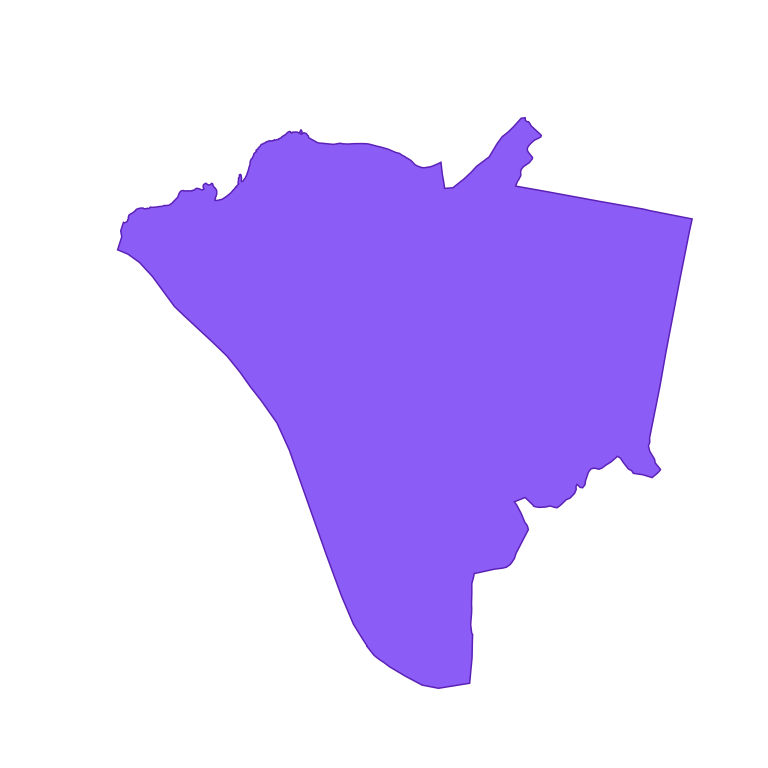 San Cristóbal, Bolívar, Colombia, rotated 191°
{"feature_id": "7082276B17272227994526", "entity_name": "San Cristóbal", "entity_type": "district", "adm_level": 2, "iso_a3": "COL", "parent_name": "Colombia", "parent_adm1": "Bolívar", "projection": "natural_earth1", "projection_center": [-75.055, 10.374], "detail": "fine", "context": "isolated", "style": "filled", "palette": "violet", "viewbox_px": 768, "rotation_deg": 191, "n_neighbors": 0, "source": "geoboundaries", "source_scale": "gbopen_adm2", "svg_char_len": 6154}
<svg xmlns="http://www.w3.org/2000/svg" viewBox="0 0 768 768"><g transform="rotate(191 384 384)"><path d="M341.9,115.7L338.3,113.8L334.4,112.0L331.2,110.7L324.4,107.4L306.8,101.1L289.0,95.7L272.5,95.7L242.8,106.6L244.2,120.5L245.3,131.9L248.3,149.2L249.2,155.0L250.4,156.3L253.0,164.3L254.3,175.7L255.0,180.1L256.2,185.2L257.7,194.4L259.7,204.8L259.3,210.7L259.2,215.3L256.7,216.2L240.6,223.2L232.9,225.7L228.9,227.5L225.8,230.7L224.4,233.4L222.7,237.6L222.0,243.2L214.5,268.6L215.8,271.4L217.0,273.0L219.3,275.0L224.5,282.9L230.4,290.3L233.5,293.3L223.8,299.5L214.8,293.7L213.9,292.7L212.3,292.4L210.1,292.4L207.7,292.6L202.2,294.0L197.4,296.0L193.3,295.5L190.5,295.5L187.3,299.1L183.1,305.1L179.6,307.5L176.0,313.1L175.2,317.2L176.0,320.1L175.3,322.3L171.6,319.9L169.2,320.1L167.5,323.4L167.7,327.8L167.3,330.4L166.6,335.7L166.0,337.5L164.9,339.8L162.9,341.1L160.4,341.6L156.8,341.3L154.0,343.1L150.8,346.6L146.2,350.9L141.0,357.6L137.7,356.3L134.3,352.8L127.9,347.2L124.3,346.1L122.2,343.9L112.8,344.3L102.9,343.3L98.4,348.9L96.6,351.8L96.3,352.9L100.4,356.4L102.7,358.3L104.1,361.8L110.3,368.7L112.6,373.7L112.0,377.7L113.0,381.7L112.7,434.8L113.3,468.1L113.4,498.5L113.5,543.4L113.3,592.3L113.0,604.8L156.1,604.9L162.7,605.2L208.8,604.4L259.4,603.9L292.6,603.4L291.5,608.9L290.6,610.5L290.2,612.4L289.6,614.1L289.5,615.2L290.4,618.3L290.3,620.3L289.7,621.9L288.6,623.9L286.4,626.2L283.6,629.0L281.4,633.3L281.3,634.3L281.8,635.1L285.9,638.4L287.8,640.6L288.2,642.3L288.0,644.1L286.8,646.6L284.5,650.0L282.6,652.3L278.8,655.0L277.2,656.5L277.0,658.0L278.0,658.8L288.9,665.5L289.6,666.5L290.6,667.6L292.2,669.0L293.3,668.9L294.3,669.0L295.6,669.9L295.9,671.2L296.3,672.3L300.1,671.0L305.9,661.3L310.3,654.9L315.1,649.4L318.8,641.6L324.1,627.0L334.6,615.4L339.1,608.1L344.7,600.4L353.8,589.8L361.8,587.6L364.5,595.2L366.8,601.1L370.4,612.5L374.6,609.4L376.4,608.2L379.4,606.3L381.8,605.4L385.0,604.2L386.7,603.8L387.9,603.7L390.7,604.0L393.1,604.4L395.6,605.3L399.9,608.4L403.0,609.7L405.7,610.6L407.5,611.4L409.3,611.8L412.7,613.3L416.5,613.5L424.8,615.3L432.7,616.0L436.3,616.1L443.3,616.6L445.6,616.6L447.0,616.5L452.1,615.7L460.2,614.0L462.3,613.4L464.6,612.8L467.1,612.4L470.0,611.9L472.9,612.0L479.2,609.6L494.8,608.1L504.5,611.2L505.2,611.9L505.4,612.7L505.9,613.3L506.6,613.6L508.0,615.0L510.0,615.3L511.1,615.1L512.0,614.0L512.8,613.4L513.3,613.4L513.2,613.8L512.7,614.4L512.8,614.6L512.7,616.0L513.2,617.0L513.7,617.5L514.1,617.5L514.2,616.7L514.7,615.6L514.7,615.2L514.9,614.8L515.1,614.1L515.6,614.2L516.6,614.7L518.6,614.6L520.2,614.1L521.4,614.0L521.9,613.5L522.3,612.7L522.7,612.7L523.3,613.3L523.8,613.3L524.1,613.8L524.7,613.9L525.1,613.6L525.5,613.3L526.1,613.2L526.6,612.3L527.2,611.8L527.6,611.3L527.9,610.5L528.2,610.0L529.5,609.1L529.9,608.5L530.9,607.7L531.6,606.9L531.7,606.4L532.5,605.7L534.1,604.6L534.1,604.1L536.3,603.2L536.8,602.8L537.1,602.7L537.5,602.5L538.1,602.8L538.7,602.3L539.1,601.9L540.0,601.5L540.2,601.2L541.0,601.2L541.7,601.0L541.8,600.8L542.0,600.7L543.1,600.9L543.3,600.5L544.0,600.2L544.3,599.9L545.5,599.5L546.1,598.9L546.6,598.1L547.8,597.5L548.2,597.1L548.8,596.5L549.1,596.2L549.7,596.1L550.1,595.8L550.4,595.4L550.5,594.6L552.0,592.3L552.2,591.8L552.6,591.4L552.6,590.5L553.5,589.9L553.6,589.6L554.0,589.3L554.2,589.0L553.9,588.3L553.6,587.9L555.1,586.1L555.6,585.2L555.6,584.8L555.8,584.0L555.6,583.3L556.3,581.4L556.4,580.4L556.9,579.7L557.3,579.4L557.4,578.7L557.8,576.8L557.7,576.1L557.4,573.8L557.8,571.4L558.0,567.8L558.7,562.7L559.7,559.3L560.5,557.9L560.8,557.0L561.1,556.5L562.0,555.7L562.5,555.6L562.7,555.9L562.8,556.5L563.0,557.3L563.1,558.1L563.0,558.7L563.4,559.3L563.6,560.2L563.9,561.2L564.2,561.8L564.7,562.3L565.1,562.3L565.7,561.9L565.8,561.7L564.9,561.7L564.9,560.9L565.4,560.5L565.6,559.8L565.6,559.1L566.1,558.5L566.1,558.0L565.8,557.0L565.6,553.3L564.9,552.9L565.1,552.1L565.9,551.1L566.1,550.5L566.2,549.7L566.6,549.2L567.1,549.2L567.5,548.4L567.9,547.1L569.0,545.7L569.8,544.1L571.2,541.9L574.4,538.1L578.1,534.5L579.2,533.9L580.4,533.5L581.8,532.7L583.7,532.1L584.9,532.0L585.1,532.3L585.2,533.0L584.8,533.7L585.0,534.6L585.1,535.3L584.6,536.2L584.7,537.2L584.4,538.4L585.0,541.3L585.2,542.1L586.8,543.8L587.7,544.5L588.8,545.1L589.7,546.4L590.2,547.5L590.8,548.0L591.7,548.0L592.0,547.3L592.3,546.7L593.6,546.0L594.0,545.9L594.3,545.9L594.4,546.0L595.2,546.0L595.9,546.4L596.3,546.8L596.7,547.0L596.9,547.0L597.3,547.0L597.5,546.8L598.1,546.3L598.8,545.8L599.0,545.4L599.2,545.0L599.3,544.4L599.3,544.0L599.1,542.9L598.7,542.0L598.1,541.1L598.0,540.8L599.5,539.9L600.0,539.9L601.2,540.0L603.0,540.4L604.8,540.4L605.4,540.2L605.9,539.9L607.2,538.2L607.6,537.9L608.5,537.8L609.3,537.0L609.6,537.1L610.1,537.0L610.5,536.6L611.0,536.6L611.3,536.5L612.2,536.3L612.4,536.4L613.5,536.1L613.9,536.1L614.6,535.8L615.2,535.8L615.8,535.7L616.6,535.4L617.4,535.6L618.1,535.6L619.8,534.9L620.4,534.3L621.0,533.4L621.4,532.4L622.0,528.7L622.4,527.6L622.7,527.1L625.0,523.6L625.7,522.6L626.2,521.6L626.8,520.8L627.8,520.0L628.1,519.6L628.8,518.6L631.6,517.7L632.0,517.5L632.4,517.4L633.1,517.5L633.6,517.4L634.0,517.2L634.4,516.8L634.9,516.5L636.3,515.9L637.2,515.7L639.0,515.1L639.9,514.8L640.6,514.6L641.2,514.2L641.9,514.0L643.6,513.7L644.9,513.2L645.5,513.1L646.2,513.1L646.7,513.2L647.1,513.0L647.6,512.5L647.8,511.9L648.0,511.5L648.5,511.4L648.9,511.3L649.3,511.3L649.7,511.4L650.3,511.2L650.6,510.8L651.2,510.6L651.6,510.5L652.6,510.3L653.2,510.3L654.0,510.7L655.3,510.6L656.4,510.2L657.6,509.8L658.1,509.6L659.0,509.0L659.9,508.6L660.4,508.1L660.8,507.5L661.2,506.5L661.5,506.1L661.9,506.0L662.4,505.2L663.5,503.9L664.4,503.3L665.2,502.5L666.1,501.7L666.4,501.4L666.5,501.1L666.7,500.4L666.8,498.9L666.7,498.6L666.4,498.3L666.4,498.0L666.6,497.2L666.9,496.5L666.8,495.6L667.2,494.5L667.6,494.0L669.2,492.9L669.6,492.7L670.0,492.6L670.6,492.9L671.7,484.1L669.5,478.5L671.1,464.9L660.1,462.6L647.3,456.7L631.8,445.3L604.5,420.1L592.5,412.4L558.1,391.0L543.4,381.4L527.7,368.2L514.5,355.6L501.0,343.9L481.6,325.3L464.1,300.7L430.8,244.0L408.0,205.3L385.4,168.0L368.2,142.4L355.7,128.9L350.7,123.8L350.9,123.4L341.9,115.7Z" fill="#8b5cf6" stroke="#5b21b6" stroke-width="1.5"/></g></svg>